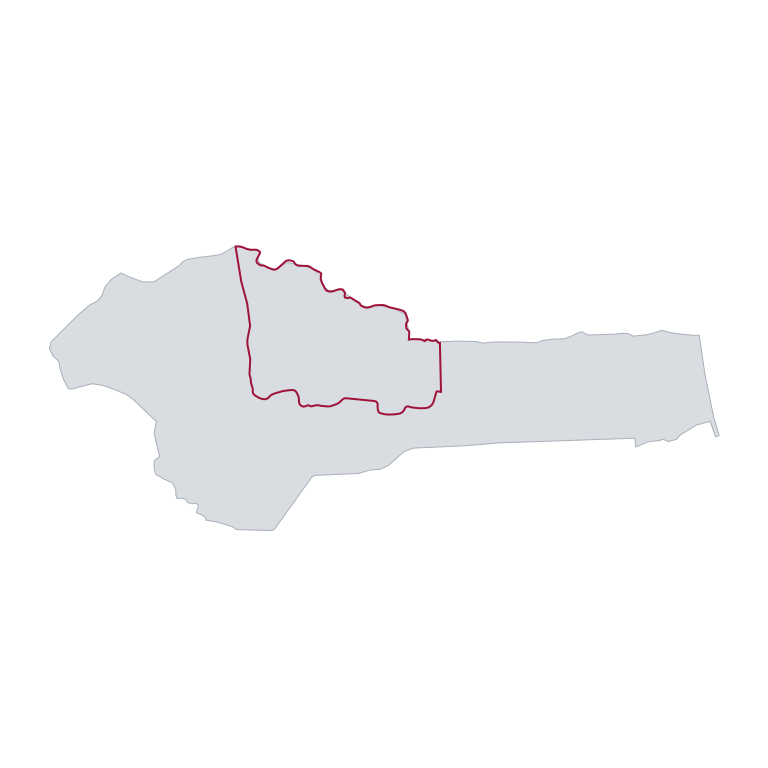 Borgou highlighted on a map of Benin, rotated 268°
{"feature_id": "BEN-2169", "entity_name": "Borgou", "entity_type": "Department", "adm_level": 1, "iso_a3": "BEN", "parent_name": "Benin", "parent_adm1": "", "projection": "natural_earth1", "projection_center": [2.675, 9.701], "detail": "fine", "context": "in_parent", "style": "outline", "palette": "rose", "viewbox_px": 768, "rotation_deg": 268, "n_neighbors": 0, "source": "natural_earth", "source_scale": "10m", "svg_char_len": 4643}
<svg xmlns="http://www.w3.org/2000/svg" viewBox="0 0 768 768"><g transform="rotate(268 384 384)"><path d="M320.8,717.1L319.7,713.5L335.3,708.7L332.0,694.5L322.4,677.8L318.6,674.7L316.6,666.3L319.0,660.9L317.9,657.2L317.0,645.9L312.3,633.4L321.0,632.9L321.1,592.7L321.1,554.2L321.1,521.3L321.1,495.3L319.5,464.2L319.2,441.3L318.9,411.2L315.8,401.7L302.6,385.8L299.0,377.5L298.4,366.6L295.4,355.3L295.3,335.5L295.1,312.5L293.9,308.9L279.6,297.9L259.4,282.4L244.0,270.5L242.9,269.7L241.4,266.7L243.6,231.8L246.8,227.2L251.8,212.8L254.2,201.2L256.4,201.2L259.5,197.5L262.0,191.9L264.7,193.1L269.2,194.2L271.3,192.2L271.0,187.9L272.5,183.6L276.0,181.6L276.9,177.7L277.0,173.2L280.0,172.1L285.2,172.2L289.5,170.8L292.9,168.5L297.3,159.5L299.8,156.4L300.5,154.1L303.0,152.1L310.0,151.2L315.5,151.9L319.1,157.2L343.0,152.5L354.4,155.2L377.6,132.5L382.8,125.7L389.9,109.6L392.3,103.5L394.5,92.4L389.9,72.0L390.2,68.4L399.7,63.9L411.7,60.5L416.3,60.3L419.4,58.5L423.7,54.1L430.8,50.9L435.0,52.0L437.6,52.6L462.8,79.6L473.7,93.2L476.6,100.2L482.3,105.3L490.6,108.4L498.2,115.3L504.1,125.2L500.3,132.2L494.4,146.5L494.1,157.7L508.2,181.3L509.8,183.8L513.4,187.5L515.4,191.9L517.0,203.5L518.0,216.6L519.2,225.5L525.9,237.9L526.4,242.9L521.7,261.4L520.6,263.4L519.3,263.9L512.1,262.3L509.0,264.3L505.0,270.6L502.6,276.9L502.5,279.5L508.9,291.2L504.9,308.0L500.7,318.5L493.2,324.5L486.6,326.0L481.9,328.8L479.2,332.5L479.6,344.5L469.7,355.5L464.3,363.1L461.6,367.8L462.7,381.9L459.2,396.2L453.2,407.5L439.5,409.9L428.1,411.3L424.2,440.1L424.3,458.3L423.3,476.9L421.4,484.4L422.2,495.1L421.3,519.2L419.8,538.2L421.8,543.3L423.0,554.5L422.9,566.0L425.8,574.1L429.0,581.1L428.9,584.7L427.2,587.0L425.8,589.9L425.8,617.1L426.4,625.2L425.6,630.4L423.1,634.7L424.1,648.5L426.0,657.2L428.1,663.7L426.1,669.1L424.4,676.2L421.9,694.4L421.7,700.7L382.6,705.1L339.0,712.4L320.8,717.1Z" fill="#d9dde1" stroke="#a8b0b8" stroke-width="1"/><path d="M526.6,240.4L526.6,243.7L526.0,246.6L523.6,252.0L522.8,254.9L522.7,260.5L522.1,262.5L520.6,264.5L519.2,264.7L513.2,261.2L511.3,260.8L509.5,261.4L507.7,263.5L507.0,264.5L506.8,265.2L506.7,267.3L506.3,268.6L504.0,272.8L502.1,277.7L502.2,279.7L503.5,282.1L509.8,289.6L510.7,291.0L510.9,292.7L510.7,294.6L510.6,295.2L509.8,297.6L508.6,298.6L507.2,299.3L505.8,300.9L505.2,302.7L504.6,311.9L503.7,314.1L500.7,318.2L498.2,323.3L496.6,325.1L491.0,324.4L487.4,325.5L480.7,328.7L479.2,330.0L478.4,332.1L478.2,334.6L478.5,336.7L479.7,340.0L480.4,343.3L479.8,346.1L476.7,348.1L475.1,348.0L473.3,347.6L471.8,348.1L471.1,350.8L471.2,351.5L471.7,352.9L471.6,353.4L465.9,362.0L465.2,362.7L463.7,363.3L463.1,363.8L461.3,367.2L460.9,370.2L461.5,373.2L462.7,376.6L463.0,378.4L463.0,385.4L462.5,387.6L460.6,391.8L457.5,402.9L456.0,406.3L453.8,408.1L447.4,410.0L446.3,410.0L445.4,409.5L444.5,408.8L443.5,408.2L442.5,408.1L439.6,408.2L438.6,408.4L437.6,409.2L436.8,410.1L435.9,410.9L434.7,411.1L427.5,410.4L427.8,413.3L427.6,420.1L427.1,423.1L426.8,423.7L425.8,425.6L425.5,425.8L425.7,426.7L426.1,426.9L426.6,427.1L426.9,427.8L426.9,429.5L425.7,432.6L425.4,434.2L425.5,435.2L426.0,436.9L425.9,437.8L425.4,438.4L423.8,439.2L423.3,440.0L423.2,441.2L423.2,441.3L374.1,440.7L374.9,436.9L374.4,436.2L374.1,436.0L373.5,435.8L364.2,432.8L362.4,431.7L361.5,431.1L360.8,430.4L360.1,429.6L359.6,428.7L359.2,428.0L358.9,427.1L358.5,424.9L358.4,423.1L358.6,417.8L358.8,416.6L359.3,412.8L359.8,410.2L360.6,408.0L360.7,407.4L360.8,406.7L360.6,405.9L360.2,405.1L359.9,404.7L359.6,404.4L356.9,402.9L356.2,402.4L355.7,401.9L355.2,401.2L354.6,400.4L354.2,399.4L354.0,398.9L353.6,396.5L353.3,393.1L353.3,387.0L353.8,383.3L355.2,378.7L356.0,377.9L356.7,377.4L357.2,377.3L358.7,377.0L360.8,376.8L364.3,376.9L364.9,376.8L365.3,376.6L365.8,376.3L366.1,376.0L366.7,375.4L367.0,374.8L367.4,373.4L371.1,345.6L371.1,344.1L370.2,342.2L368.7,340.6L366.8,338.3L365.6,336.0L365.4,335.5L363.6,329.6L363.5,328.1L363.6,326.3L364.3,320.6L365.1,317.5L365.1,315.4L364.2,310.1L365.0,308.5L365.2,308.3L365.3,307.8L365.4,307.3L364.6,305.1L364.2,303.1L364.2,302.7L364.4,302.0L364.7,301.3L365.4,300.2L365.9,299.7L366.4,299.3L367.3,298.8L368.2,298.5L373.3,298.3L374.8,298.0L378.5,296.4L379.3,295.9L380.0,295.2L380.6,294.4L381.0,293.9L381.1,292.6L381.2,290.5L380.5,282.8L379.2,277.8L378.9,276.1L377.5,271.9L377.0,271.1L376.5,270.3L374.1,267.7L373.6,266.9L373.2,266.0L373.1,265.8L373.0,265.2L373.0,263.5L373.2,262.0L373.8,260.3L374.9,257.9L377.3,254.4L377.5,254.2L377.8,253.9L379.8,252.6L384.3,252.6L389.1,251.2L393.8,250.9L398.6,249.9L413.2,251.2L428.1,248.9L433.1,249.0L446.7,252.2L469.1,250.1L491.4,244.9L526.6,240.4L526.6,240.4Z" fill="none" stroke="#9f1239" stroke-width="2"/></g></svg>